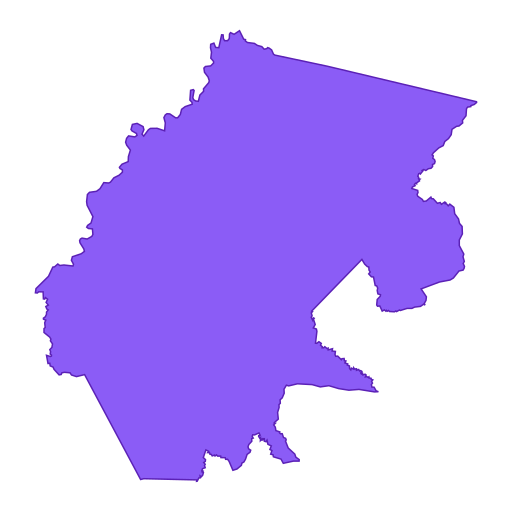 the district of Mambwe, Eastern, Zambia
{"feature_id": "96606910B40356469041881", "entity_name": "Mambwe", "entity_type": "district", "adm_level": 2, "iso_a3": "ZMB", "parent_name": "Zambia", "parent_adm1": "Eastern", "projection": "orthographic", "projection_center": [32.063, -13.357], "detail": "fine", "context": "isolated", "style": "filled", "palette": "violet", "viewbox_px": 512, "rotation_deg": 0, "n_neighbors": 0, "source": "geoboundaries", "source_scale": "gbopen_adm2", "svg_char_len": 6003}
<svg xmlns="http://www.w3.org/2000/svg" viewBox="0 0 512 512"><path d="M476.5,101.7L327.2,66.2L274.9,55.1L273.5,54.2L271.6,49.9L269.1,48.1L267.6,47.6L266.8,48.6L264.2,49.2L261.8,46.6L257.4,45.4L254.4,43.4L247.4,42.5L245.3,40.9L245.5,39.6L243.7,39.2L239.5,30.7L234.1,34.3L230.5,32.6L229.5,34.1L229.3,38.5L227.6,40.7L224.6,40.7L223.4,38.6L223.1,34.9L221.6,34.8L218.8,47.7L215.6,47.4L213.9,43.1L210.7,44.3L210.5,47.8L211.5,52.2L210.8,58.2L213.5,61.3L213.6,63.0L210.7,65.9L205.4,66.5L203.9,68.1L204.5,72.3L208.1,77.1L209.3,80.8L208.7,82.7L203.5,88.8L203.6,91.3L199.9,95.0L198.3,101.3L195.7,101.0L193.6,99.7L192.8,97.6L194.1,90.5L193.3,89.6L190.6,90.3L189.9,100.1L192.0,102.4L192.2,104.2L185.2,106.6L181.6,109.3L180.3,114.5L177.6,117.8L175.6,117.8L169.8,113.9L167.0,113.7L165.3,114.9L163.9,117.6L165.3,122.9L164.6,130.8L157.1,128.3L150.4,128.4L148.4,129.8L143.7,136.1L142.0,134.2L143.9,129.7L143.1,126.6L137.1,123.4L132.4,124.4L131.0,129.5L132.1,131.0L136.5,133.5L137.0,135.4L134.8,136.9L128.6,135.9L126.6,138.3L125.6,142.2L126.7,145.2L130.4,150.1L128.4,156.6L128.2,161.6L122.0,164.2L119.4,167.3L120.0,168.5L122.4,169.9L122.4,172.2L119.1,175.2L113.9,177.8L110.4,182.2L108.7,183.0L103.8,182.6L100.0,188.7L96.5,191.3L89.5,192.3L87.4,194.5L86.6,201.6L87.1,205.3L92.9,216.6L91.0,223.0L87.6,225.4L86.7,227.2L88.4,228.5L92.4,228.9L92.9,234.4L91.8,236.4L87.2,239.0L82.0,238.1L80.4,239.0L79.6,240.6L80.0,242.8L83.8,248.9L84.4,251.4L81.1,253.8L72.4,256.7L71.4,260.3L73.5,264.2L73.0,266.0L63.9,265.0L59.8,265.5L57.8,264.0L54.6,266.8L52.8,267.1L48.5,276.3L36.0,288.6L35.4,292.8L37.3,293.0L38.7,291.8L43.1,291.9L43.4,298.9L44.7,299.1L45.4,297.6L47.6,299.2L46.1,302.4L48.3,305.1L45.8,306.5L46.8,309.0L48.2,309.9L46.5,312.1L46.5,314.3L45.3,316.8L43.4,318.2L43.5,319.2L45.8,320.1L44.7,322.7L45.2,327.5L44.0,328.6L44.0,332.5L49.7,337.1L50.9,339.1L50.4,340.8L52.5,343.9L51.9,347.4L49.8,349.6L50.6,351.7L50.2,354.0L51.5,355.1L51.4,356.1L50.3,356.5L46.5,355.3L48.0,363.5L49.8,363.3L50.2,365.9L53.1,367.1L54.0,369.3L59.1,374.9L61.2,374.5L61.9,372.8L64.5,372.3L70.0,372.8L71.5,375.0L76.5,376.6L84.6,374.6L140.6,479.5L143.8,478.7L196.9,479.9L196.6,481.3L197.2,481.2L198.8,478.0L200.3,477.8L200.1,475.9L201.3,476.8L202.7,475.2L203.4,472.5L202.1,471.9L203.0,471.1L201.9,470.6L202.5,468.7L205.2,467.7L204.5,465.5L205.2,464.3L203.7,462.5L205.3,461.4L205.5,459.6L203.3,457.6L205.9,449.9L208.7,451.3L207.7,452.6L209.5,452.7L210.0,454.3L211.3,454.4L212.2,455.9L214.5,455.1L215.0,456.0L216.5,454.9L217.6,456.1L220.7,456.1L220.9,457.6L225.2,457.7L225.6,459.3L227.6,459.3L229.1,461.4L232.9,470.3L237.0,469.0L241.4,465.3L241.9,463.1L243.9,462.0L245.5,459.2L247.1,454.4L250.0,452.3L250.7,450.2L248.6,448.8L248.0,446.8L248.8,444.5L251.8,441.3L251.7,438.5L253.2,438.1L252.2,436.3L252.7,434.8L254.6,434.9L259.0,432.9L260.1,435.2L258.7,435.6L258.6,436.3L259.7,438.1L260.5,437.5L260.4,440.6L261.8,439.1L262.1,440.1L263.2,439.7L263.2,438.7L264.3,438.7L264.3,441.2L266.0,441.7L267.0,440.2L267.9,444.3L271.3,445.9L269.9,449.5L271.9,450.5L270.7,454.2L273.0,454.7L273.4,456.8L281.0,459.1L283.3,463.3L293.5,461.1L299.1,461.1L299.2,459.6L295.8,457.1L294.8,454.1L288.2,448.0L285.5,441.1L286.2,439.9L285.6,438.3L283.5,437.5L282.2,433.7L280.4,433.7L279.5,432.8L279.8,431.9L275.9,430.6L275.3,427.1L273.7,424.9L275.0,423.6L274.2,423.7L274.3,422.6L278.3,419.1L277.6,412.4L279.1,407.5L279.0,404.6L280.3,403.3L280.1,399.8L282.2,397.9L284.2,393.2L284.0,389.2L286.4,385.2L288.7,385.9L297.4,383.8L312.1,384.6L320.3,386.9L328.9,385.7L338.7,388.6L348.9,390.2L359.0,389.4L374.4,391.9L378.4,391.7L376.1,390.8L374.1,387.2L371.9,387.1L371.4,384.5L372.5,383.1L371.6,381.3L372.8,379.9L371.2,379.3L371.1,378.3L369.1,378.0L368.9,376.8L368.1,377.4L366.8,376.6L365.4,376.9L366.1,375.0L365.1,374.2L362.9,374.9L362.5,373.2L361.4,374.0L360.7,373.0L361.9,371.4L360.7,370.6L359.6,371.0L358.7,369.5L356.5,370.3L356.5,368.8L354.6,369.0L353.7,367.8L353.6,369.1L351.4,368.1L350.8,369.9L349.6,368.6L349.4,365.9L347.3,365.0L347.7,363.9L344.9,362.9L345.9,361.0L344.4,360.7L344.1,358.5L341.9,358.7L341.3,359.7L337.7,356.1L335.7,356.3L335.0,354.5L335.4,351.4L332.1,351.0L332.5,348.7L328.2,349.9L328.1,348.1L327.1,348.6L324.8,346.7L323.7,347.8L322.1,347.8L322.3,346.7L320.5,345.2L321.3,343.4L318.9,341.7L316.8,343.3L315.5,343.2L316.9,331.3L316.4,329.0L313.3,327.9L315.2,324.5L313.5,319.3L314.2,318.3L313.4,317.9L312.7,320.2L311.2,317.3L312.1,315.8L311.3,312.9L312.5,311.6L311.7,311.1L361.9,259.4L364.6,264.0L367.3,266.6L368.8,267.0L369.0,270.1L370.2,272.0L368.7,273.9L371.4,276.8L373.5,277.0L375.2,285.5L376.7,285.9L377.7,288.1L377.2,290.5L377.9,293.9L380.5,294.7L380.3,296.2L377.2,299.5L376.7,305.0L377.5,306.2L379.8,306.0L382.2,311.1L384.4,309.9L385.9,311.2L386.5,310.4L387.3,311.2L388.5,310.5L389.5,311.5L394.5,311.8L395.8,311.0L396.6,311.6L399.5,310.0L400.3,310.5L407.1,308.4L411.9,308.4L414.6,307.1L420.5,306.4L423.6,304.2L425.1,305.1L424.2,303.6L426.0,300.4L426.4,296.8L421.1,288.9L439.5,282.0L450.1,280.0L453.4,278.0L459.0,271.0L463.1,270.1L464.1,268.3L464.5,266.4L463.2,263.5L464.3,261.4L463.0,256.8L463.8,254.1L459.3,245.6L459.3,240.0L462.4,233.9L462.1,226.4L459.5,223.4L458.5,218.9L454.7,213.7L453.9,207.3L449.8,204.1L448.2,205.8L446.6,203.9L445.2,203.6L445.8,202.7L444.8,202.0L441.4,204.3L440.2,202.5L437.4,203.3L433.3,198.8L431.5,198.6L430.9,197.1L426.3,201.0L423.4,201.4L422.4,199.5L417.7,196.2L417.1,194.3L418.0,192.6L417.7,190.4L411.8,188.5L412.4,187.0L415.1,185.7L414.4,184.8L415.4,183.3L416.6,183.8L416.6,182.9L419.5,180.9L419.1,179.8L420.0,179.1L418.5,178.6L418.7,177.3L417.8,176.3L418.7,173.7L419.8,173.3L420.4,174.0L422.9,170.9L422.2,170.4L423.8,169.5L425.8,170.5L428.4,168.7L431.0,168.3L432.6,166.6L432.5,164.5L434.5,163.6L435.1,161.5L434.5,159.6L432.8,158.3L433.3,155.9L432.1,154.9L433.4,152.8L438.8,147.9L443.2,145.6L444.8,141.5L448.5,138.6L451.2,134.7L452.0,129.3L456.6,126.3L459.0,126.0L462.7,122.9L462.4,120.4L466.0,115.8L466.5,108.7L467.6,107.1L470.8,106.6L470.9,105.6L474.2,104.5L476.6,102.5L476.5,101.7Z" fill="#8b5cf6" stroke="#5b21b6" stroke-width="1.5"/></svg>